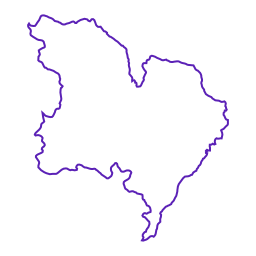 outline of Almenara, Minas Gerais, Brazil
{"feature_id": "56859067B83482987802169", "entity_name": "Almenara", "entity_type": "district", "adm_level": 2, "iso_a3": "BRA", "parent_name": "Brazil", "parent_adm1": "Minas Gerais", "projection": "albers", "projection_center": [-40.737, -16.13], "detail": "fine", "context": "isolated", "style": "outline", "palette": "violet", "viewbox_px": 256, "rotation_deg": 0, "n_neighbors": 0, "source": "geoboundaries", "source_scale": "gbopen_adm2", "svg_char_len": 5726}
<svg xmlns="http://www.w3.org/2000/svg" viewBox="0 0 256 256"><path d="M122.9,45.7L121.6,45.6L117.6,41.7L115.4,40.3L113.7,38.8L110.7,36.8L109.5,36.5L106.8,33.7L107.0,32.7L105.4,31.5L103.9,31.2L100.6,26.7L99.3,26.9L98.0,26.8L97.2,26.2L96.3,25.3L95.8,24.1L95.3,22.6L94.3,20.1L93.0,19.1L91.6,19.3L90.8,20.4L89.9,21.3L88.3,20.7L87.4,19.5L85.9,19.1L84.5,18.8L80.5,20.0L77.4,21.8L76.4,23.0L75.2,23.0L74.4,22.0L73.4,21.5L72.1,21.7L69.3,23.0L66.5,23.7L65.0,24.4L63.6,24.5L62.5,24.3L61.5,23.8L60.4,22.8L59.2,22.5L58.3,21.8L54.8,21.0L52.9,19.1L51.5,18.3L48.7,17.3L47.2,16.4L44.0,15.4L42.9,15.4L41.8,15.6L40.8,16.3L39.2,20.0L37.3,22.6L36.0,24.7L35.0,25.9L33.4,26.0L30.8,25.6L29.8,24.9L29.0,23.6L28.1,25.0L28.2,26.5L28.7,27.5L30.5,29.5L30.9,31.0L30.4,33.8L30.8,35.2L33.2,36.9L34.7,37.8L36.9,39.2L38.5,39.9L40.9,40.2L42.4,40.6L43.6,41.6L44.8,45.6L44.8,46.9L44.0,47.6L42.7,48.0L40.2,49.4L38.8,50.4L39.0,51.9L39.6,53.2L39.8,54.5L39.3,55.6L38.5,56.6L38.3,60.3L39.3,61.3L40.8,61.8L41.7,62.3L42.4,63.1L44.0,66.5L44.8,67.6L45.9,67.7L48.0,69.4L49.4,69.4L53.6,70.9L55.8,72.4L58.0,73.5L59.0,74.6L59.5,75.7L59.8,77.7L60.2,78.8L60.0,80.1L59.4,81.6L59.7,83.3L60.6,84.4L62.6,86.2L61.9,87.4L61.0,88.0L60.6,89.4L60.4,92.5L61.3,98.5L61.2,99.9L59.6,103.4L60.4,104.7L59.9,107.2L59.5,108.3L58.4,108.8L57.3,108.7L56.4,109.1L55.7,109.8L55.2,110.8L55.0,111.9L54.0,114.1L53.0,116.0L52.1,116.9L50.6,117.1L48.8,116.8L46.0,116.0L44.9,115.3L43.6,113.8L42.5,112.8L43.2,117.6L44.2,121.5L43.5,122.3L42.2,123.2L41.3,124.2L40.9,127.1L40.1,128.5L39.1,129.7L35.8,132.8L35.2,133.6L34.8,134.7L35.6,135.5L37.0,135.2L38.5,135.1L40.0,135.6L41.0,136.1L41.9,136.9L42.6,138.0L42.0,140.3L42.1,141.3L44.3,143.5L44.8,145.0L44.0,146.4L42.8,147.2L42.0,148.1L41.8,149.3L42.8,150.5L42.6,152.0L41.5,152.8L37.9,154.4L36.9,155.0L36.0,155.9L35.9,157.1L38.9,161.5L39.2,162.9L38.4,165.7L38.4,167.4L41.1,170.2L44.2,172.2L46.4,173.2L49.8,174.2L52.3,173.9L56.0,173.9L57.3,173.3L61.7,169.7L63.6,168.7L65.9,168.4L67.1,168.6L69.2,169.8L70.3,170.2L71.9,169.8L74.7,170.3L76.8,169.9L77.1,168.6L76.2,167.5L76.4,166.5L76.9,165.6L77.9,164.7L79.4,164.6L81.7,165.3L82.7,166.2L84.5,167.4L86.4,167.6L89.8,168.7L91.3,169.0L92.8,169.0L94.2,168.7L95.4,169.0L96.0,169.8L97.3,170.5L99.3,172.4L100.5,173.2L101.5,174.5L106.0,177.5L106.6,178.2L108.0,178.4L109.2,177.7L111.2,176.1L111.9,174.7L112.3,172.9L111.1,170.6L110.9,169.0L111.1,167.5L112.1,166.3L114.2,164.5L115.1,163.2L116.1,163.0L117.1,163.8L117.4,165.2L117.8,166.6L119.5,168.4L121.1,171.2L122.1,171.7L123.7,171.7L126.5,170.5L127.8,170.4L129.0,170.5L129.9,170.9L130.9,171.7L131.3,172.7L130.2,175.2L130.1,176.3L129.6,177.5L129.0,178.4L128.1,179.2L124.8,181.1L123.8,182.1L123.6,183.8L124.5,186.2L124.9,187.7L125.4,188.7L127.5,190.1L128.4,191.2L129.4,191.8L132.1,191.2L133.4,191.4L134.4,192.0L135.9,192.4L137.1,193.5L141.5,194.4L142.4,194.9L142.6,196.1L142.6,198.5L143.1,199.5L144.3,200.0L144.7,201.2L146.0,203.1L146.4,204.5L147.0,205.5L148.4,205.9L149.4,206.7L150.1,207.9L150.4,209.2L150.7,210.8L150.5,212.0L148.2,212.7L147.3,213.4L146.4,213.7L145.3,213.2L144.3,213.2L143.2,214.0L142.4,215.6L143.2,216.8L144.7,217.1L146.4,218.8L148.0,220.7L149.2,221.7L149.5,224.0L148.4,227.1L147.0,228.9L146.3,230.1L146.0,231.7L144.7,232.1L143.6,233.3L142.8,234.6L142.7,236.1L143.5,237.3L143.1,238.5L142.0,240.4L143.2,240.6L146.2,239.6L147.3,239.0L150.3,236.4L151.5,236.1L152.5,236.1L153.7,236.7L154.7,235.6L155.3,234.8L155.7,233.6L156.4,229.7L157.0,228.8L157.4,225.4L158.0,224.0L160.3,221.8L160.2,219.5L160.4,218.3L160.9,216.9L161.1,214.8L160.2,213.6L160.7,212.3L161.9,211.4L162.6,210.1L165.8,206.7L166.9,206.3L167.7,205.8L169.0,205.3L171.2,204.1L171.7,202.8L173.7,200.7L175.1,197.8L176.3,195.8L177.3,191.6L177.4,190.0L177.9,186.5L178.8,184.1L183.1,178.2L184.9,176.6L186.6,176.4L188.1,176.3L189.7,175.8L190.9,175.0L192.0,174.8L193.3,172.5L195.1,171.3L196.3,170.8L196.9,168.9L197.9,167.9L198.8,165.9L200.0,165.0L200.8,163.6L201.1,162.2L201.7,161.0L202.6,159.8L203.0,158.7L204.1,158.3L205.3,156.7L206.2,155.8L206.9,154.6L207.2,153.2L206.0,153.0L205.9,152.0L206.7,151.4L206.1,150.6L207.0,149.8L208.4,150.5L210.0,150.5L210.0,147.7L209.7,146.4L209.8,144.7L211.5,144.6L212.7,143.7L214.2,144.5L215.4,144.0L214.9,142.6L214.8,141.3L215.0,140.1L215.6,139.0L216.5,138.3L217.8,138.7L219.2,138.6L220.5,138.3L221.6,138.4L222.4,134.7L222.1,132.7L221.1,130.3L222.1,129.6L223.6,128.9L225.8,126.5L227.5,125.0L227.9,124.0L227.9,120.0L226.3,119.5L225.5,118.5L224.3,115.8L223.6,114.9L223.6,113.9L223.7,112.8L224.6,111.8L224.8,110.5L226.2,110.5L226.7,109.6L226.1,108.3L225.9,107.0L225.3,106.1L225.8,103.5L225.3,102.2L224.4,101.4L222.9,101.8L221.4,101.9L218.9,100.7L215.3,100.3L212.4,98.4L211.4,97.1L208.4,95.8L205.9,94.1L204.2,90.9L204.1,89.6L202.5,87.5L202.0,86.3L201.7,84.5L201.3,83.4L201.4,82.1L202.0,80.9L202.0,79.3L201.3,76.9L201.3,75.8L200.9,74.4L200.1,72.9L197.8,70.6L196.5,70.1L195.5,69.2L193.5,65.4L188.1,64.9L186.9,64.5L185.9,63.9L184.7,63.5L182.3,63.0L181.1,62.6L178.7,61.4L177.2,61.3L174.1,61.7L172.7,62.0L171.1,62.0L169.8,61.7L168.5,60.8L167.1,60.4L166.3,59.6L163.0,60.3L161.7,60.0L160.3,59.2L157.1,57.9L155.0,56.7L152.6,55.9L151.5,55.8L150.3,56.5L149.6,58.9L148.7,59.8L147.4,59.9L146.7,60.7L146.4,63.1L144.0,63.1L143.1,63.6L142.6,64.8L142.4,66.2L143.6,68.7L145.0,70.7L145.8,71.5L146.0,72.7L144.8,75.0L143.5,78.0L143.9,79.7L143.4,80.9L142.7,81.7L141.0,85.4L140.3,86.3L138.0,86.7L136.9,86.6L136.4,85.5L136.6,84.1L136.3,82.9L135.1,82.6L135.2,81.5L134.3,80.3L133.1,80.4L132.2,81.1L132.1,80.0L132.4,78.6L131.9,77.1L130.4,75.2L129.5,74.3L129.3,73.2L129.8,70.3L129.7,68.8L129.0,66.3L128.8,64.9L129.1,63.1L128.4,61.4L128.7,60.0L128.5,59.0L127.8,57.9L127.3,54.7L126.8,53.2L126.5,51.6L126.6,50.2L126.3,49.1L125.3,48.0L123.9,47.0L122.9,45.7Z" fill="none" stroke="#5b21b6" stroke-width="2"/></svg>